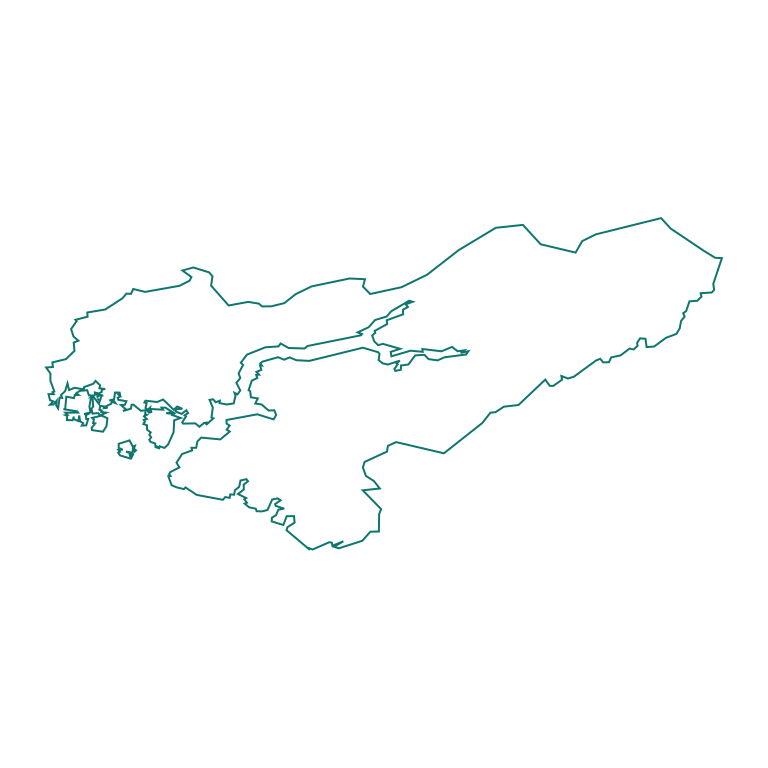 outline of Masfjorden nor, Hordaland, Norway
{"feature_id": "86288312B50611449563949", "entity_name": "Masfjorden nor", "entity_type": "district", "adm_level": 2, "iso_a3": "NOR", "parent_name": "Norway", "parent_adm1": "Hordaland", "projection": "natural_earth1", "projection_center": [5.359, 60.846], "detail": "fine", "context": "isolated", "style": "outline", "palette": "teal", "viewbox_px": 768, "rotation_deg": 0, "n_neighbors": 0, "source": "geoboundaries", "source_scale": "gbopen_adm2", "svg_char_len": 6020}
<svg xmlns="http://www.w3.org/2000/svg" viewBox="0 0 768 768"><path d="M573.9,376.7L596.0,360.5L600.2,358.8L603.2,362.4L609.0,362.2L611.2,357.4L620.6,355.4L629.5,348.6L633.7,349.4L637.6,345.8L637.1,342.9L640.1,338.3L645.5,338.8L646.6,347.1L654.2,346.5L666.0,337.8L676.4,333.9L679.7,328.4L681.1,320.9L684.6,316.6L683.2,313.2L686.1,311.2L689.5,301.3L697.2,300.8L701.5,296.7L700.7,293.2L711.8,292.5L714.1,289.9L713.3,283.8L721.9,258.1L715.2,257.8L703.8,250.8L670.7,228.6L661.1,218.1L595.7,234.4L582.2,241.1L575.6,252.6L540.7,244.3L522.9,224.9L495.8,227.8L458.7,250.1L427.0,274.8L401.5,287.2L370.2,294.0L363.0,286.6L365.0,279.2L349.5,278.5L311.6,286.4L295.6,294.2L284.4,303.1L271.4,306.3L262.0,306.4L258.8,303.6L248.2,301.9L228.6,305.5L211.1,285.6L212.5,276.3L209.2,272.4L193.4,267.5L182.4,270.5L191.4,277.0L189.6,280.7L179.5,285.8L145.1,291.9L133.2,289.0L131.0,293.9L126.4,293.6L122.6,298.2L105.2,309.5L87.3,312.5L87.6,316.7L75.5,319.8L76.6,321.1L71.1,329.1L73.5,336.5L78.4,340.7L73.7,342.6L74.5,350.8L66.0,359.1L52.4,362.4L52.9,367.0L46.1,367.5L50.4,373.5L50.4,380.8L54.3,391.5L52.5,392.2L53.7,394.1L48.5,394.1L50.0,400.1L53.3,401.4L50.0,404.7L53.6,404.5L56.7,400.7L56.2,405.5L58.1,408.4L59.6,397.6L62.1,397.9L61.0,395.1L65.1,391.2L67.5,383.3L69.1,390.1L74.5,387.8L83.9,389.3L84.0,387.1L93.4,383.7L95.5,380.9L100.1,385.3L99.4,388.3L105.2,389.0L101.8,389.6L101.7,392.0L98.7,393.5L94.9,392.5L95.2,394.6L96.2,393.7L100.1,394.1L97.2,394.6L97.5,396.9L100.1,394.9L103.4,395.7L101.5,395.3L100.2,400.2L97.4,398.9L99.6,400.3L99.1,404.1L93.6,397.0L91.0,397.2L93.2,395.5L88.9,395.4L87.2,390.2L79.7,390.9L76.2,393.3L78.5,394.9L74.7,395.1L74.0,398.1L66.3,396.7L65.2,408.9L63.5,409.2L77.2,411.3L78.1,412.6L65.3,412.7L67.6,414.9L65.7,415.2L67.1,415.8L66.9,420.1L72.7,420.2L73.8,416.6L73.7,419.0L78.4,421.1L79.2,415.5L80.1,421.3L83.2,423.2L81.8,425.6L86.2,425.4L88.2,419.0L86.3,419.0L85.8,415.3L87.5,414.4L84.1,414.0L90.5,412.4L89.4,406.8L90.8,398.7L92.7,399.2L93.2,406.6L91.4,408.7L92.6,413.6L98.2,413.1L100.5,415.9L92.1,417.9L94.0,419.7L93.1,423.1L95.2,423.4L91.6,427.9L92.0,430.1L103.0,431.7L106.5,426.1L107.4,418.2L100.7,415.2L106.2,412.7L101.2,412.0L101.7,410.5L99.4,409.8L100.3,405.9L103.9,406.4L103.8,408.1L107.7,407.8L104.8,406.9L111.3,403.7L111.6,401.6L115.4,403.1L113.4,400.3L109.3,400.3L114.0,399.4L115.1,392.5L119.6,392.6L120.0,394.7L118.6,394.7L120.4,396.5L117.7,397.7L118.3,399.8L126.4,401.2L124.8,404.9L120.9,405.1L126.0,409.4L123.0,411.0L130.9,408.7L131.6,404.8L133.5,404.7L140.9,410.8L145.6,410.2L145.1,414.2L146.8,414.8L144.0,416.3L146.8,419.1L143.8,420.0L144.9,421.7L143.4,424.0L147.0,425.3L147.0,429.6L150.7,432.4L149.4,434.8L151.2,437.3L149.3,439.7L150.4,441.8L155.2,443.5L155.3,445.9L157.4,446.6L156.3,447.4L159.2,448.3L159.8,446.3L164.5,447.9L168.1,444.5L173.6,432.2L174.2,420.3L180.7,418.0L172.4,415.1L173.9,413.9L166.2,413.2L172.5,412.1L165.5,407.7L161.6,407.6L163.0,409.7L150.8,409.0L151.3,412.1L148.9,412.7L147.5,410.8L149.1,410.6L149.9,407.8L147.8,409.7L145.5,408.0L146.7,403.1L144.4,402.5L145.4,400.7L157.2,402.0L163.1,399.5L173.7,409.8L177.2,406.5L182.4,408.8L175.6,409.2L176.9,410.2L175.5,409.6L175.6,411.6L181.7,413.9L186.3,410.3L188.1,413.1L184.6,415.3L186.0,416.4L182.2,422.4L183.1,423.6L195.4,423.4L199.4,426.8L204.0,423.0L207.7,422.4L205.4,423.3L206.7,424.4L213.4,418.3L211.5,417.6L212.8,407.6L209.6,399.9L213.1,399.3L215.8,402.3L219.8,400.7L219.6,403.1L226.8,404.5L233.7,403.4L235.5,395.9L234.5,392.8L237.4,394.4L240.3,390.5L236.4,382.8L240.3,378.0L238.6,373.4L243.1,364.9L240.8,362.7L247.0,354.6L265.4,347.3L278.5,346.4L280.6,343.5L288.6,348.0L304.5,348.5L307.6,346.0L360.9,335.3L362.0,334.1L357.7,332.4L368.7,327.2L375.1,320.0L386.7,316.5L391.2,311.3L409.2,300.7L412.7,301.8L405.7,304.3L407.9,307.0L403.0,309.7L403.1,314.3L386.7,320.3L387.2,324.0L374.6,331.0L375.2,332.8L372.2,335.5L374.2,341.3L378.1,345.1L383.0,343.9L400.1,348.8L390.7,351.9L391.4,356.3L410.6,350.7L422.7,351.8L422.4,349.0L441.5,351.3L452.0,346.9L457.6,351.2L464.1,350.4L460.7,352.9L468.4,351.2L466.1,354.5L444.4,357.3L437.6,360.4L428.5,359.1L424.4,354.8L415.2,355.4L408.4,364.5L401.0,365.5L400.8,369.8L395.3,370.9L394.4,368.9L397.7,364.3L396.6,363.3L399.9,360.6L388.0,364.5L382.8,363.4L378.6,360.1L379.5,353.8L378.1,352.2L362.9,347.7L309.3,360.9L296.3,360.2L289.6,357.4L284.2,359.7L278.0,357.2L262.3,361.7L260.2,363.5L262.0,365.6L260.1,365.6L261.3,369.9L256.4,371.9L259.1,374.7L256.2,374.9L257.3,378.0L251.8,380.6L248.6,390.2L250.2,391.2L250.9,397.3L257.8,398.4L255.3,403.5L261.7,404.5L268.5,410.5L274.3,410.3L276.2,415.0L273.6,419.4L257.3,414.3L226.5,420.0L226.6,423.6L229.6,425.5L226.7,429.7L229.7,431.6L220.3,439.4L201.2,437.6L197.4,441.5L196.2,447.8L191.5,447.8L192.2,450.4L182.1,454.0L176.5,462.7L179.4,467.4L170.4,472.0L169.1,474.1L170.5,475.9L168.3,476.2L171.6,485.2L176.8,487.4L184.0,489.1L185.5,487.4L196.7,494.9L222.9,499.8L225.2,497.1L229.7,497.8L230.3,494.4L234.1,494.7L234.9,490.3L239.2,486.8L240.5,480.5L246.4,479.2L248.0,481.2L243.7,484.7L243.8,489.5L238.0,494.0L246.2,498.1L244.2,499.3L247.0,502.7L244.7,503.6L249.1,507.3L255.8,508.7L256.6,511.2L261.9,511.4L267.5,510.0L272.2,499.5L277.6,498.4L280.6,500.3L275.1,504.1L275.7,505.9L284.2,508.6L278.4,509.7L276.1,515.1L271.9,517.7L271.7,521.4L283.3,525.0L286.7,516.2L294.0,516.1L294.6,522.6L287.5,527.1L286.5,530.2L309.9,549.9L307.4,547.5L312.6,549.5L329.4,542.2L331.8,542.7L332.4,545.7L343.4,541.3L334.0,546.8L338.8,548.3L362.3,540.8L370.4,531.7L378.9,531.5L379.1,514.3L381.1,509.1L362.8,490.3L379.8,488.5L373.9,481.0L365.9,475.9L362.9,467.6L364.6,461.9L387.0,451.6L387.9,445.9L396.1,442.1L443.9,453.3L482.3,423.0L490.5,412.6L495.5,412.2L503.8,406.7L518.5,405.0L545.3,379.6L549.7,385.8L553.3,385.9L562.0,379.7L561.4,376.0L567.9,378.5L573.9,376.7ZM129.5,440.4L118.7,443.8L118.7,447.8L122.7,449.7L118.4,449.9L120.0,451.8L118.2,452.6L120.0,455.4L130.9,458.7L132.6,455.4L130.1,456.3L129.7,454.7L131.7,453.8L126.0,451.6L132.7,452.7L132.9,448.7L134.7,451.6L136.0,450.3L133.9,448.7L135.0,445.7L132.7,446.5L129.5,440.4Z" fill="none" stroke="#0f766e" stroke-width="2"/></svg>